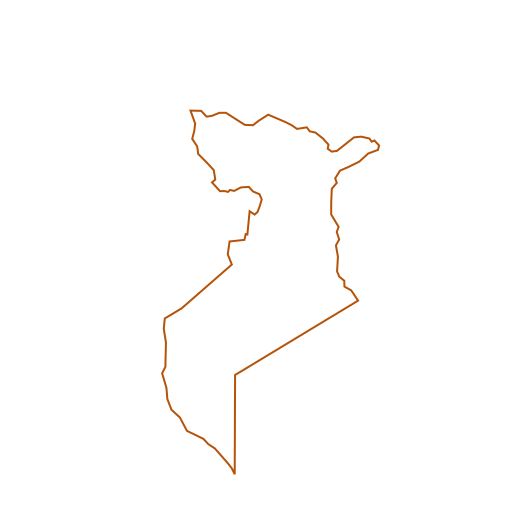 the district of Beruniy, Karakalpakstan, Uzbekistan, rotated 140°
{"feature_id": "79887680B9862753118700", "entity_name": "Beruniy", "entity_type": "district", "adm_level": 2, "iso_a3": "UZB", "parent_name": "Uzbekistan", "parent_adm1": "Karakalpakstan", "projection": "orthographic", "projection_center": [60.771, 42.004], "detail": "fine", "context": "isolated", "style": "outline", "palette": "amber", "viewbox_px": 512, "rotation_deg": 140, "n_neighbors": 0, "source": "geoboundaries", "source_scale": "gbopen_adm2", "svg_char_len": 1323}
<svg xmlns="http://www.w3.org/2000/svg" viewBox="0 0 512 512"><g transform="rotate(140 256 256)"><path d="M90.7,261.5L91.0,268.3L93.9,269.2L93.6,273.1L98.7,279.8L104.7,283.9L126.5,284.5L130.9,287.3L132.1,292.1L128.9,294.7L129.2,303.0L131.1,312.3L134.7,317.0L134.4,321.9L142.9,327.0L144.6,333.3L147.3,339.6L155.8,356.4L167.0,357.9L174.2,358.1L180.3,363.7L187.0,385.0L192.0,389.2L199.9,391.8L204.3,394.6L204.7,402.4L212.7,409.5L217.5,396.5L223.0,391.4L229.6,386.7L230.6,377.8L234.7,371.3L233.6,358.6L233.2,348.8L238.1,340.7L242.4,340.6L241.9,328.8L237.9,325.5L236.3,323.1L233.5,323.3L230.9,319.9L223.6,318.3L217.1,313.6L216.8,307.3L213.6,301.0L215.3,295.6L220.9,291.9L226.6,288.7L230.4,288.6L232.1,294.4L248.8,278.0L249.8,279.4L254.5,275.8L266.9,284.1L276.6,275.4L280.0,265.0L346.6,263.7L366.0,266.8L373.4,259.6L380.6,247.6L396.7,229.3L403.3,226.5L409.4,212.5L415.8,203.5L419.6,192.5L418.1,181.3L421.3,166.4L413.8,149.6L413.5,142.7L411.2,135.0L410.8,115.9L411.0,109.0L412.6,102.5L348.5,178.3L206.5,156.2L205.5,165.0L205.2,168.5L207.9,175.7L204.3,180.3L205.5,186.6L203.8,192.1L193.7,202.8L187.9,212.8L181.7,215.1L178.7,222.5L174.0,225.2L171.7,239.5L163.5,249.2L154.7,258.8L147.1,260.1L145.4,264.6L136.8,267.4L128.0,264.8L116.3,261.9L104.2,262.4L94.4,258.9L90.7,261.5Z" fill="none" stroke="#b45309" stroke-width="2"/></g></svg>